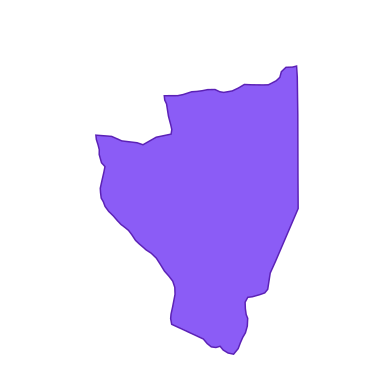 Mogeiro, Paraíba, Brazil, rotated 194°
{"feature_id": "56859067B61318490511597", "entity_name": "Mogeiro", "entity_type": "district", "adm_level": 2, "iso_a3": "BRA", "parent_name": "Brazil", "parent_adm1": "Paraíba", "projection": "robinson", "projection_center": [-35.482, -7.296], "detail": "fine", "context": "isolated", "style": "filled", "palette": "violet", "viewbox_px": 384, "rotation_deg": 194, "n_neighbors": 0, "source": "geoboundaries", "source_scale": "gbopen_adm2", "svg_char_len": 1341}
<svg xmlns="http://www.w3.org/2000/svg" viewBox="0 0 384 384"><g transform="rotate(194 192 192)"><path d="M140.6,48.6L135.8,46.4L131.2,46.9L127.4,49.1L123.5,46.2L118.1,44.5L112.4,44.7L109.3,51.2L108.6,57.4L107.6,63.2L106.1,68.3L105.9,75.3L107.4,82.9L109.8,86.2L112.0,91.7L113.8,97.9L112.4,103.3L108.0,105.0L101.4,108.8L97.0,111.7L95.0,115.9L96.5,132.3L94.2,144.9L85.0,201.6L93.6,235.3L108.0,292.4L117.6,328.8L121.0,339.5L124.7,337.5L131.0,335.7L134.4,330.4L134.5,324.5L137.3,320.2L143.8,314.5L148.8,313.1L159.8,310.5L167.2,309.0L172.4,303.9L177.4,299.8L185.3,296.3L189.3,296.0L194.5,297.0L201.6,295.1L206.7,292.7L211.5,290.8L216.5,289.2L224.2,284.4L229.2,282.0L242.2,278.7L240.7,274.6L238.0,271.3L233.2,259.9L228.8,251.9L226.7,247.7L226.3,243.1L240.0,236.5L251.0,226.0L257.2,226.5L272.5,224.6L283.4,226.5L287.8,225.8L299.0,223.9L297.5,219.8L294.6,215.1L292.2,210.6L291.1,205.9L286.9,198.5L282.6,195.6L282.3,190.2L282.1,180.0L281.9,173.4L280.6,169.3L278.6,164.1L275.6,161.0L272.9,157.0L268.1,153.0L262.6,149.8L257.4,146.1L253.0,143.3L248.3,141.3L244.3,139.4L240.3,136.2L235.1,131.4L230.9,129.0L226.1,126.6L222.5,124.7L216.9,122.8L210.6,119.2L205.4,114.3L199.6,108.6L194.1,104.8L189.1,100.8L185.6,95.3L183.7,88.6L183.0,75.9L182.8,68.5L182.1,64.0L179.7,58.7L145.4,52.1L140.6,48.6Z" fill="#8b5cf6" stroke="#5b21b6" stroke-width="1.5"/></g></svg>